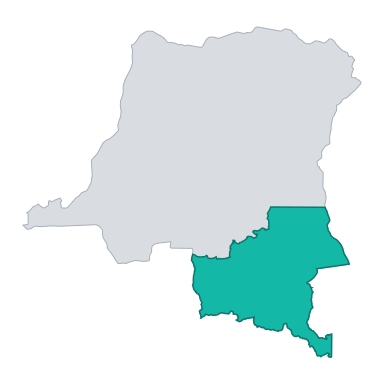 Katanga highlighted on a map of Democratic Republic of the Congo
{"feature_id": "COD-1897", "entity_name": "Katanga", "entity_type": "Province", "adm_level": 1, "iso_a3": "COD", "parent_name": "Democratic Republic of the Congo", "parent_adm1": "", "projection": "albers", "projection_center": [26.036, -9.229], "detail": "fine", "context": "in_parent", "style": "filled", "palette": "teal", "viewbox_px": 384, "rotation_deg": 0, "n_neighbors": 0, "source": "natural_earth", "source_scale": "10m", "svg_char_len": 9635}
<svg xmlns="http://www.w3.org/2000/svg" viewBox="0 0 384 384"><path d="M349.1,264.1L316.7,268.9L317.3,270.8L317.0,272.8L316.1,274.3L312.8,278.3L307.9,282.0L307.9,282.9L310.3,287.1L311.8,292.8L311.3,302.8L312.0,305.5L311.9,307.6L310.2,310.0L306.9,322.0L309.0,327.8L315.3,333.3L319.0,337.4L325.3,338.9L326.3,338.7L326.7,335.4L331.7,334.1L331.5,355.6L331.1,356.8L330.2,357.1L329.0,356.4L328.6,354.3L327.3,353.4L321.2,356.0L319.7,355.9L318.0,355.5L316.7,354.4L316.4,352.7L312.2,346.4L310.1,346.0L307.7,340.3L298.1,336.1L294.4,335.8L292.5,334.5L290.6,330.1L287.4,327.2L286.7,324.1L286.1,323.6L284.1,324.2L282.4,329.3L280.3,330.4L276.3,330.5L266.4,329.1L259.4,326.5L257.5,326.7L254.7,324.4L253.5,320.5L254.2,317.5L253.6,317.1L242.9,319.6L240.3,321.1L237.8,320.8L237.1,320.0L238.2,317.9L237.6,315.7L236.8,314.7L233.6,313.9L232.6,311.5L230.7,311.1L230.0,311.5L229.5,313.1L228.4,313.7L221.9,312.9L215.2,315.1L206.3,314.6L202.0,317.2L201.4,317.1L200.5,315.8L199.6,311.8L200.0,310.6L201.3,309.8L201.8,308.2L201.3,304.0L201.7,303.0L201.1,300.5L199.8,296.7L197.8,293.5L193.7,288.8L193.0,286.6L193.2,281.3L194.4,272.8L194.2,266.6L192.5,262.6L192.0,258.2L193.0,250.3L192.0,248.4L171.3,248.1L170.5,247.5L170.1,246.4L170.9,241.7L158.4,243.1L154.6,244.1L152.3,246.0L151.6,248.4L151.6,251.8L149.8,255.1L149.3,260.6L145.9,261.3L142.4,261.4L135.7,260.4L129.2,262.1L126.1,263.6L124.4,263.0L118.6,263.6L117.8,263.3L110.8,252.5L107.8,249.0L107.1,247.2L107.3,245.5L106.5,243.3L103.2,237.8L102.6,235.2L102.6,231.1L102.2,229.8L99.3,226.3L97.4,225.2L95.3,224.7L61.6,226.2L50.4,225.9L42.3,226.6L38.2,226.5L37.0,226.0L33.3,226.9L31.4,228.4L28.5,229.3L26.7,229.0L23.0,225.2L27.8,224.3L28.1,223.8L28.1,214.2L26.8,212.8L29.3,211.1L33.2,206.7L37.2,205.0L37.7,204.1L38.6,204.2L40.1,205.9L43.6,208.1L47.9,205.9L48.3,205.3L48.7,201.1L49.8,200.7L51.7,201.6L52.7,201.5L54.5,200.3L60.0,198.0L61.7,200.6L60.3,203.1L61.0,204.7L61.2,207.4L62.1,208.0L66.5,208.1L67.7,207.4L76.1,197.7L78.3,196.5L81.8,192.6L86.6,190.8L88.6,187.7L91.2,182.3L92.2,174.7L91.4,161.4L91.8,159.7L97.4,153.6L103.2,142.6L107.2,139.7L110.2,138.5L114.8,134.4L118.5,130.4L117.9,125.6L118.7,121.7L120.6,116.6L121.1,111.3L120.3,105.7L120.5,101.2L123.1,93.8L123.2,85.5L125.6,78.5L130.4,69.5L132.6,62.9L132.1,56.4L132.6,51.6L132.3,48.8L131.3,46.4L131.8,44.9L133.7,44.2L136.0,41.7L140.2,35.3L144.7,32.2L148.0,31.1L151.3,31.2L153.5,31.7L157.1,34.1L161.2,36.0L164.3,38.4L167.3,42.2L174.5,43.0L177.6,44.3L179.5,44.8L180.2,44.5L181.7,44.6L185.1,45.7L187.8,45.1L201.2,47.5L202.7,46.2L206.3,39.5L209.1,37.2L213.6,37.0L217.2,38.2L219.1,38.2L235.5,32.4L237.6,32.1L243.5,33.5L247.4,32.5L249.0,32.8L252.3,31.8L255.1,27.8L257.3,26.9L280.9,31.2L284.5,29.1L286.2,28.9L291.4,30.4L293.0,32.8L296.1,34.9L298.4,38.4L301.9,40.4L303.6,42.2L305.7,43.5L309.9,44.0L315.4,40.9L319.2,41.3L323.1,43.0L324.4,43.0L327.3,41.1L328.9,39.2L330.4,38.8L332.6,39.7L334.5,41.5L336.1,44.2L341.9,50.2L347.5,52.8L348.9,56.5L351.0,56.2L352.0,56.5L353.4,58.8L354.4,59.3L354.6,60.3L353.2,62.4L351.8,66.6L353.5,69.2L352.0,72.9L351.2,76.8L353.0,77.7L355.4,77.7L357.5,79.8L359.2,80.1L361.0,82.3L360.6,84.0L354.9,90.3L346.4,97.9L343.6,98.8L342.1,100.2L341.1,102.4L338.6,104.3L336.7,105.1L336.5,110.7L333.6,116.5L332.6,117.6L331.0,127.1L331.2,128.7L329.6,136.5L329.8,143.7L325.7,145.9L322.9,149.4L321.7,151.9L321.7,157.8L317.1,161.4L316.8,162.2L317.9,166.3L319.5,167.0L319.6,168.4L323.2,172.9L322.9,186.7L323.1,188.0L325.0,191.3L326.2,197.6L324.7,205.5L329.6,220.1L327.3,225.5L328.3,230.6L331.2,236.0L338.1,241.3L340.0,243.5L341.7,246.5L343.3,251.1L349.1,264.1Z" fill="#d9dde1" stroke="#a8b0b8" stroke-width="1"/><path d="M325.0,207.3L325.6,208.9L327.0,211.4L327.7,214.3L329.3,218.3L329.7,219.8L329.5,221.2L327.6,223.9L327.2,225.0L327.2,225.8L327.7,227.7L328.2,230.5L329.9,232.9L330.8,235.3L331.2,236.0L331.7,236.6L334.0,238.4L336.5,239.7L337.8,240.9L340.3,243.9L341.4,245.5L342.7,248.4L343.9,253.5L347.5,259.4L348.8,262.5L349.2,264.1L317.0,268.7L316.5,268.9L317.3,270.8L317.2,272.4L316.5,273.9L314.3,276.9L311.4,279.7L309.7,280.9L307.4,282.2L307.0,282.8L307.3,283.5L308.9,283.9L309.5,284.3L309.9,284.7L309.9,285.9L310.7,286.6L310.9,287.6L311.6,287.7L311.0,288.0L311.4,288.6L311.7,289.3L311.8,290.7L312.1,291.1L312.5,291.3L312.5,291.6L313.0,292.1L312.6,292.3L312.5,292.6L312.3,293.4L311.8,294.5L311.7,297.6L311.6,298.3L310.7,299.6L311.6,300.7L311.7,301.0L311.5,301.9L311.6,302.4L312.0,303.5L311.7,304.3L311.9,304.5L311.8,305.0L312.4,305.8L312.3,306.6L312.9,307.2L312.8,307.5L312.3,308.1L311.6,308.5L310.4,310.5L310.2,311.9L309.9,312.7L309.5,313.1L309.5,313.9L309.0,314.8L309.2,316.2L308.9,316.7L308.9,317.5L308.3,318.6L308.2,319.0L308.3,319.6L307.8,320.0L306.9,321.4L306.8,322.6L307.2,323.6L307.7,324.2L308.0,325.2L307.9,325.5L308.3,326.1L308.5,327.3L309.1,327.8L309.2,328.6L309.4,328.9L309.7,328.8L310.0,328.9L310.5,329.6L310.9,329.4L311.1,329.6L311.4,330.3L312.5,330.9L312.9,331.0L313.5,330.9L313.6,331.1L313.8,331.8L314.8,332.6L315.5,333.7L316.5,334.3L316.9,334.9L318.5,337.9L319.0,338.1L319.6,337.9L319.8,338.2L320.9,337.8L322.3,337.8L323.1,338.4L324.2,338.5L325.3,339.1L326.5,339.3L326.9,338.9L326.9,338.3L326.2,338.0L325.6,337.2L326.1,335.6L327.9,334.7L328.3,334.7L328.8,335.2L330.0,334.7L330.6,334.3L331.7,334.1L331.5,356.6L331.2,357.1L329.8,357.1L328.8,356.8L328.4,356.5L328.1,355.6L328.5,355.5L328.5,354.8L329.1,354.5L329.3,354.0L329.1,353.6L328.6,353.7L327.7,353.0L327.3,353.0L326.9,353.2L325.5,354.3L323.1,355.2L321.4,356.2L320.9,356.7L320.6,356.6L320.2,355.9L319.8,355.7L317.6,355.9L316.9,355.1L316.6,354.4L316.1,351.8L315.9,351.5L315.2,351.3L315.1,350.7L314.8,350.5L314.9,349.8L314.5,349.6L314.2,348.8L312.8,346.9L312.1,346.2L311.3,346.0L311.0,346.2L310.6,346.9L310.1,347.0L309.9,346.8L309.9,345.9L308.9,344.7L308.7,344.2L309.4,343.5L309.4,343.0L308.7,342.0L307.9,340.4L306.2,339.0L304.7,338.9L303.8,338.3L303.4,338.4L302.8,338.7L302.4,338.4L302.1,337.8L299.9,337.6L299.7,336.8L299.4,336.5L298.1,335.7L297.7,335.7L296.9,336.3L296.4,336.5L294.8,336.4L294.3,336.3L292.3,334.3L291.5,331.8L291.4,331.1L290.6,329.7L287.4,327.7L287.0,326.1L286.9,324.7L286.7,323.9L286.4,323.4L284.4,323.9L283.7,323.9L283.5,324.1L283.7,325.7L283.0,326.6L282.8,327.3L282.7,328.7L282.4,329.4L281.8,330.0L281.1,330.4L280.4,330.6L279.1,330.5L278.4,331.3L278.1,331.3L277.1,330.8L275.1,330.5L274.5,330.3L273.6,329.6L273.2,329.5L271.9,329.6L271.1,330.0L270.6,329.8L270.0,329.8L268.9,329.3L265.7,329.3L265.4,329.2L265.1,328.6L264.5,328.3L263.4,327.4L262.5,327.6L261.2,327.5L259.4,326.2L258.6,326.2L258.4,326.7L258.0,326.7L257.6,327.1L257.2,327.1L256.9,326.7L257.0,326.0L255.7,325.2L255.3,324.8L254.6,324.7L254.3,324.2L253.9,322.8L253.8,322.3L254.1,321.7L253.5,320.3L253.5,319.9L253.9,319.2L253.6,318.8L254.3,318.3L254.2,317.0L254.0,316.8L253.5,316.9L251.8,317.7L250.8,317.9L248.3,318.2L247.6,318.1L245.6,319.0L245.0,319.1L243.6,319.1L243.0,319.4L242.3,320.2L241.6,320.4L241.1,321.2L240.5,321.3L239.8,321.5L239.0,321.6L237.7,320.6L236.4,320.5L236.2,320.1L237.2,319.7L238.1,318.3L238.2,317.2L238.1,316.9L237.5,316.3L237.6,316.0L237.9,315.5L237.7,315.2L236.4,314.3L235.4,314.2L234.4,314.0L233.4,314.2L233.1,312.6L233.2,312.0L232.8,311.6L231.3,311.2L230.7,311.2L230.3,311.3L230.0,312.5L229.3,313.0L228.9,313.7L228.4,313.9L226.9,313.6L225.0,313.5L222.5,312.8L221.8,312.8L220.4,313.0L217.3,314.8L214.1,315.3L212.7,315.3L211.3,314.5L210.9,314.5L209.8,315.2L209.2,315.3L207.8,315.0L205.9,314.3L205.2,314.4L204.7,315.8L204.2,316.2L202.5,316.8L201.5,317.8L201.1,318.1L200.7,318.1L200.9,317.4L201.0,316.6L200.8,315.0L200.3,313.9L199.9,313.5L199.9,312.9L199.4,311.1L200.4,310.1L202.0,309.4L202.0,308.4L202.1,308.2L201.8,307.8L201.7,305.7L201.2,304.8L201.1,304.5L201.6,303.5L201.8,302.5L199.9,298.3L200.0,297.7L199.1,294.7L197.9,293.8L197.3,293.8L196.3,292.6L196.0,292.1L196.0,291.5L195.5,291.8L195.3,291.1L194.1,289.9L193.7,289.2L193.1,286.2L192.6,285.5L193.6,282.4L193.3,279.9L193.6,275.6L194.1,274.4L194.4,272.0L194.9,270.9L194.6,270.8L195.0,269.4L195.0,268.6L194.9,267.9L194.2,266.7L194.6,266.4L193.8,265.2L193.5,263.3L192.7,262.3L192.4,261.3L191.7,260.9L191.6,260.5L191.5,259.3L191.9,258.6L191.8,257.9L191.9,257.2L192.8,254.3L195.3,255.2L196.1,256.0L197.2,256.5L199.0,256.9L200.2,257.0L204.4,256.7L205.3,256.4L206.3,255.5L206.7,255.5L207.3,256.1L207.6,257.5L208.1,258.1L208.8,258.3L210.0,258.3L211.3,258.6L212.4,258.5L215.0,257.5L216.2,256.8L216.7,258.7L217.0,259.1L217.4,259.2L218.6,258.5L219.3,258.7L220.1,258.6L221.8,259.0L223.3,258.6L225.1,258.6L226.3,258.1L227.0,258.6L227.4,258.3L227.9,257.7L228.4,257.3L230.1,257.2L230.2,256.9L229.6,255.5L229.7,251.9L230.1,251.3L230.5,249.4L230.9,248.9L230.7,248.6L230.1,248.3L230.4,247.3L230.3,246.2L230.5,245.8L231.1,245.4L231.9,243.9L233.0,243.5L233.2,243.3L233.5,242.5L233.2,242.4L233.5,242.2L233.0,241.6L233.1,241.3L233.5,241.2L233.5,240.7L233.2,240.4L234.1,240.3L234.6,240.6L234.9,241.0L234.9,242.0L235.1,242.4L237.3,243.5L238.2,243.7L238.8,243.7L239.3,243.4L239.8,242.5L241.4,242.3L242.6,241.3L244.1,240.7L246.6,238.7L246.8,238.6L246.9,237.3L247.2,236.9L247.7,236.5L249.6,236.4L250.9,236.6L252.2,237.1L253.5,238.2L256.0,237.3L256.6,236.1L256.6,235.5L257.5,234.9L257.5,234.5L257.2,234.2L255.5,234.4L255.3,234.2L254.7,234.0L253.4,232.6L252.9,231.8L253.3,231.1L254.0,230.6L255.3,230.6L257.1,231.0L257.6,231.0L258.6,230.4L259.8,230.1L261.8,228.3L262.2,228.1L263.1,228.2L264.6,228.7L265.0,229.1L265.1,229.9L265.4,230.1L265.8,230.1L266.8,229.3L268.4,229.3L268.8,229.1L269.0,228.7L269.1,228.2L268.5,227.0L268.4,226.5L269.0,225.0L268.8,223.4L268.9,221.1L268.7,220.2L267.7,219.3L267.2,218.4L267.6,217.2L268.5,216.0L267.6,214.4L267.5,213.7L268.2,212.0L269.6,209.9L270.7,207.0L325.0,207.3Z" fill="#14b8a6" stroke="#0f766e" stroke-width="1.5"/></svg>